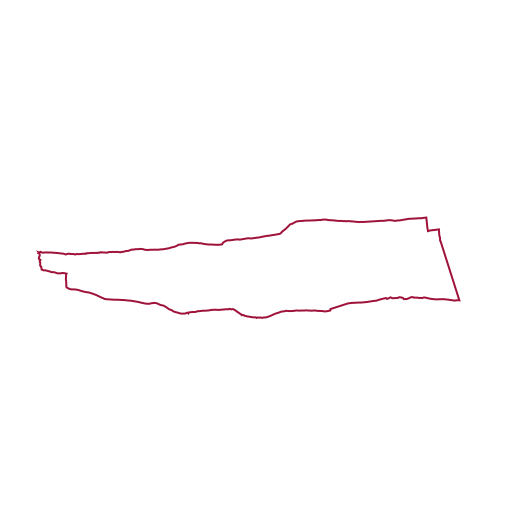 Ibanesti, Vaslui, Romania, rotated 289°
{"feature_id": "2599482B62946282817270", "entity_name": "Ibanesti", "entity_type": "district", "adm_level": 2, "iso_a3": "ROU", "parent_name": "Romania", "parent_adm1": "Vaslui", "projection": "albers", "projection_center": [27.597, 46.426], "detail": "fine", "context": "isolated", "style": "outline", "palette": "rose", "viewbox_px": 512, "rotation_deg": 289, "n_neighbors": 0, "source": "geoboundaries", "source_scale": "gbopen_adm2", "svg_char_len": 6058}
<svg xmlns="http://www.w3.org/2000/svg" viewBox="0 0 512 512"><g transform="rotate(289 256 256)"><path d="M347.8,404.5L345.4,399.7L344.4,396.8L343.7,395.4L341.0,388.6L337.8,382.7L337.1,381.5L336.5,380.4L335.5,377.9L334.8,376.8L334.5,376.0L334.3,375.3L334.0,373.2L333.6,371.5L333.2,370.0L331.0,365.6L330.6,364.7L330.2,363.3L327.4,356.7L325.8,352.8L323.4,347.1L322.5,344.4L321.9,343.1L320.9,339.5L320.1,335.9L318.9,331.4L318.2,330.1L318.0,328.8L317.4,327.2L316.9,325.0L316.2,323.2L315.5,320.5L314.9,317.5L314.5,316.2L314.3,315.8L313.9,313.7L313.5,312.8L313.4,312.3L313.4,311.6L313.3,310.5L313.2,310.1L312.6,308.8L312.4,307.9L312.0,307.0L311.1,305.7L310.9,304.8L310.7,304.4L309.9,302.2L309.6,301.9L309.0,300.1L308.4,299.1L308.1,297.7L307.5,296.5L305.4,290.8L304.6,289.2L303.6,286.7L302.2,283.7L301.8,283.1L299.8,281.1L298.4,280.0L297.8,278.9L297.0,278.0L291.2,275.2L289.3,273.9L287.3,272.7L285.4,271.9L284.5,271.0L282.1,266.7L280.3,263.2L279.8,262.4L278.8,260.4L278.4,259.3L277.9,258.5L277.6,258.1L276.2,255.5L275.1,253.9L272.3,248.3L271.0,245.8L270.6,243.9L269.7,241.7L266.1,235.2L265.9,233.7L264.9,231.3L262.5,226.6L261.7,224.5L261.3,223.7L260.8,223.0L259.7,221.9L258.7,221.1L257.8,220.5L257.3,220.3L256.3,220.3L255.9,220.1L255.6,219.5L254.2,216.5L253.5,214.2L253.0,212.7L252.7,211.3L251.6,208.0L250.7,204.4L250.0,199.3L249.8,198.8L249.5,198.2L249.4,196.9L248.6,194.1L246.8,188.8L245.8,186.8L244.6,184.8L243.6,183.5L243.1,182.6L241.5,179.2L241.2,178.9L240.7,178.4L240.0,178.0L238.6,176.4L236.8,173.8L236.7,173.4L236.3,172.8L235.2,171.5L234.9,171.0L231.7,165.2L231.5,164.2L230.9,163.2L229.7,160.4L229.0,158.1L228.3,156.4L227.5,154.0L226.8,152.6L225.9,149.9L225.7,148.3L225.7,147.7L225.7,147.0L225.2,144.8L224.8,143.7L224.4,143.0L223.6,141.1L223.2,139.9L222.0,137.7L221.6,136.5L221.4,136.1L219.9,134.4L219.0,133.0L218.8,132.4L218.0,130.9L216.9,129.3L216.4,128.5L216.2,127.7L215.8,127.1L215.3,126.5L215.2,126.1L215.0,124.4L213.7,120.8L213.3,119.5L212.5,117.4L212.3,116.9L211.5,115.0L210.9,114.5L210.5,113.7L209.8,110.9L209.4,109.7L209.1,109.0L209.1,108.1L208.9,107.6L208.2,107.2L207.9,106.6L207.8,105.6L207.1,104.7L206.6,103.0L205.1,98.7L204.5,97.6L203.9,96.2L203.8,95.7L203.6,95.6L203.0,94.2L202.7,94.3L202.3,93.4L201.9,91.9L200.1,88.0L199.7,86.8L199.6,86.0L199.3,85.4L198.6,84.7L198.4,82.9L198.3,82.2L197.4,79.6L197.4,78.7L196.5,76.7L195.8,76.1L195.5,75.5L195.5,73.4L195.3,72.1L194.8,70.4L194.3,67.8L194.0,66.7L193.8,65.6L193.5,64.8L192.4,60.4L191.8,59.0L190.9,55.9L189.8,53.5L189.6,52.6L189.8,50.9L189.7,50.7L189.3,50.7L188.8,50.4L188.7,50.0L188.7,49.3L188.5,49.6L188.0,49.4L188.0,49.6L188.1,50.2L186.7,51.1L186.0,51.4L185.3,51.4L184.4,51.2L182.9,51.5L182.3,52.1L182.3,53.2L182.1,53.5L181.7,53.3L180.2,53.3L180.0,53.5L179.9,53.8L179.2,54.3L177.9,54.6L176.8,55.0L176.5,55.2L176.1,56.2L175.8,56.2L174.5,57.3L174.0,57.5L173.4,57.7L173.5,58.1L173.3,59.6L173.4,60.4L173.9,61.3L174.1,64.8L174.3,66.2L174.1,67.1L174.1,67.6L174.7,69.4L175.0,71.0L175.0,73.7L175.0,74.3L175.6,75.6L175.6,76.1L175.8,76.6L176.6,77.8L176.9,78.5L177.4,80.5L177.6,82.5L177.3,82.4L175.2,82.9L172.1,83.8L169.7,85.0L164.9,86.8L164.8,87.0L164.4,88.3L164.2,89.8L164.2,91.2L164.3,92.2L164.6,93.1L165.4,95.5L165.9,98.2L166.1,100.6L166.0,101.1L166.2,104.4L166.5,107.0L167.1,109.7L167.1,110.2L167.2,114.7L167.1,115.9L167.1,117.7L166.9,119.0L166.8,120.0L166.5,122.8L166.4,123.3L166.3,125.7L166.1,126.8L166.4,128.5L168.6,136.6L169.0,137.7L169.7,139.6L170.8,143.7L171.7,146.8L172.1,149.0L172.4,149.9L172.8,151.5L173.2,153.4L174.2,159.6L174.4,161.6L174.5,162.9L174.9,166.0L175.0,167.0L175.7,169.5L176.0,170.5L177.1,172.2L178.5,175.0L178.8,176.1L179.0,177.9L178.9,178.7L178.7,180.6L178.6,181.8L178.7,182.6L179.0,184.6L178.8,185.8L178.3,188.1L177.4,191.0L177.3,191.8L177.4,193.3L177.3,194.0L176.9,195.3L176.7,196.6L177.0,201.8L177.0,202.5L177.1,203.7L177.9,206.2L178.6,207.8L180.1,209.7L180.2,210.0L180.2,210.3L179.9,210.7L180.6,210.8L180.9,211.1L182.2,213.8L183.3,216.8L184.3,218.2L184.8,218.8L185.0,219.2L185.3,220.2L187.2,224.1L187.3,224.7L188.9,228.5L189.8,230.2L190.4,231.0L190.6,231.8L190.8,232.3L191.3,233.1L191.4,233.6L191.9,234.7L192.0,235.5L192.6,237.0L192.8,238.2L193.1,239.0L193.8,240.2L194.2,241.3L196.1,245.5L196.7,247.4L197.4,248.1L197.5,248.5L197.5,249.0L197.4,249.4L197.4,249.8L198.0,250.8L198.2,251.3L198.3,251.7L198.2,252.3L198.1,253.2L197.6,255.1L197.1,256.3L196.9,257.6L196.2,259.7L196.2,260.5L195.4,261.9L195.7,262.2L195.9,262.7L196.0,263.5L196.1,263.8L195.8,264.5L196.0,267.3L196.4,269.1L196.6,270.7L197.1,273.4L197.7,275.1L197.9,275.9L197.6,276.6L198.3,277.4L198.7,278.9L199.4,280.6L199.4,281.5L199.5,282.0L200.6,283.6L200.9,284.8L201.3,285.6L202.2,286.8L204.0,289.1L207.2,292.4L209.2,294.9L209.7,295.8L211.1,297.3L212.1,298.9L212.8,300.5L213.2,301.2L213.8,301.9L214.2,303.2L214.4,304.1L214.8,305.5L215.9,308.5L217.8,312.3L218.3,314.4L219.4,317.3L220.4,320.0L220.9,321.0L221.5,323.3L221.7,324.1L222.0,324.8L222.3,326.2L223.8,329.7L223.8,330.6L224.6,333.6L225.4,336.0L225.9,338.6L226.1,339.5L227.6,342.3L228.3,343.3L228.5,343.8L228.7,344.0L230.1,343.7L241.1,358.4L242.0,360.2L242.6,361.3L245.9,369.5L245.9,369.8L247.8,374.1L249.1,376.8L249.7,377.8L250.5,379.4L251.6,381.4L252.3,383.0L253.0,384.4L255.3,387.4L255.9,388.5L257.0,390.0L257.9,391.6L258.5,392.3L258.5,393.1L258.1,393.8L259.1,395.1L259.9,395.8L260.7,396.8L260.6,398.0L260.5,398.3L260.7,399.4L262.7,404.0L263.6,404.7L263.9,405.7L264.2,408.0L264.2,408.5L264.0,408.9L263.4,409.6L263.4,410.0L263.8,410.8L264.4,412.6L266.4,414.9L267.0,415.4L267.8,416.6L268.1,417.4L268.2,418.0L268.0,418.4L268.1,418.9L268.9,421.4L269.1,421.9L269.3,422.8L269.4,423.6L269.7,424.8L270.1,425.6L270.3,426.8L271.1,427.7L271.7,429.0L271.9,430.6L272.1,433.0L272.4,434.8L272.5,435.9L273.5,439.9L274.1,441.8L275.1,444.1L275.8,446.2L276.3,447.6L276.9,450.3L277.3,452.0L277.7,454.1L278.1,456.2L278.3,457.6L279.1,459.6L279.8,460.9L280.1,461.9L280.3,462.7L330.2,425.6L330.2,425.3L330.9,424.9L333.5,423.9L334.2,423.2L335.6,422.4L340.7,420.3L336.8,412.3L335.5,410.5L339.7,408.2L341.7,407.4L347.8,404.5Z" fill="none" stroke="#9f1239" stroke-width="2"/></g></svg>